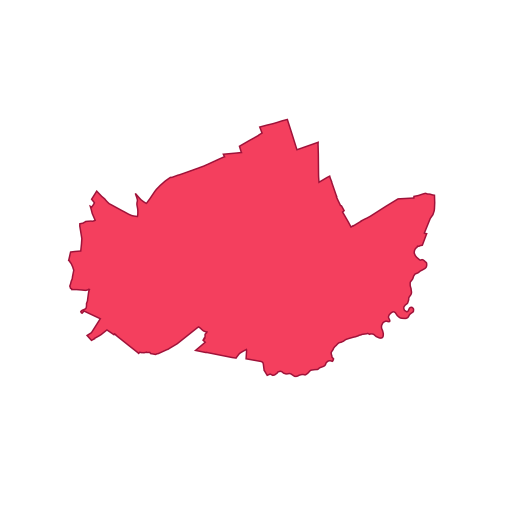 outline of Brates, Covasna, Romania, rotated 153°
{"feature_id": "2599482B24019470005720", "entity_name": "Brates", "entity_type": "district", "adm_level": 2, "iso_a3": "ROU", "parent_name": "Romania", "parent_adm1": "Covasna", "projection": "equal_earth", "projection_center": [26.08, 45.839], "detail": "fine", "context": "isolated", "style": "filled", "palette": "rose", "viewbox_px": 512, "rotation_deg": 153, "n_neighbors": 0, "source": "geoboundaries", "source_scale": "gbopen_adm2", "svg_char_len": 6152}
<svg xmlns="http://www.w3.org/2000/svg" viewBox="0 0 512 512"><g transform="rotate(153 256 256)"><path d="M149.0,329.1L171.3,332.1L168.7,347.5L166.1,363.4L171.5,364.6L176.6,365.4L180.9,366.2L187.0,367.7L194.1,369.2L194.8,362.8L198.7,362.5L199.0,362.3L209.8,361.9L220.9,361.3L222.0,355.1L222.0,354.8L226.9,356.7L238.9,361.5L239.0,358.7L239.3,358.8L244.8,359.1L261.6,359.8L284.6,362.7L288.1,363.2L288.4,363.4L294.3,364.1L295.3,364.2L295.7,364.5L296.6,364.9L299.6,364.5L302.9,364.0L309.2,362.4L314.5,360.6L317.0,359.4L325.1,354.9L325.4,354.8L328.9,353.0L329.9,352.7L330.3,353.3L331.6,355.5L332.9,358.2L333.6,360.6L335.1,366.5L335.5,363.7L335.7,362.2L336.2,359.8L336.7,358.9L338.0,357.3L338.7,356.0L339.0,355.2L340.1,351.5L341.0,349.4L341.7,348.1L342.2,347.1L343.1,345.8L343.7,345.0L346.6,347.0L348.4,348.5L350.4,350.9L353.6,355.6L354.7,357.1L361.6,367.2L363.1,369.3L364.0,371.9L364.6,374.1L364.8,375.3L365.4,376.8L366.4,379.1L368.5,386.1L376.7,381.2L375.8,376.8L376.1,376.5L378.0,375.3L380.2,374.2L381.1,375.5L381.6,372.7L382.6,368.3L383.1,360.8L384.3,360.9L386.0,361.2L387.1,362.0L390.6,363.5L392.2,364.1L393.2,363.9L394.1,363.9L395.2,363.8L398.3,364.7L399.4,362.7L403.3,350.5L406.0,346.0L409.9,340.0L415.2,342.2L419.4,343.7L425.0,337.0L424.5,336.4L424.4,336.1L424.5,335.3L424.1,333.1L424.3,329.2L424.6,327.8L424.8,326.1L429.2,320.5L429.3,320.2L430.3,318.9L432.0,317.5L434.2,315.0L435.2,314.1L435.6,313.6L435.6,312.8L435.9,311.9L435.9,311.4L435.7,311.0L435.2,310.6L435.4,309.7L433.2,308.6L430.9,307.4L426.5,304.7L423.6,302.8L422.3,302.4L421.0,302.2L420.1,302.3L419.6,301.8L420.7,300.8L422.1,299.0L425.7,293.8L426.3,292.9L426.3,292.7L428.6,290.6L429.8,288.3L430.8,287.0L431.6,286.4L432.1,286.3L432.8,286.4L433.9,286.4L434.5,286.5L435.7,286.5L436.5,286.4L437.4,285.9L437.4,285.4L437.3,284.5L436.9,284.0L434.2,285.0L423.2,270.8L436.7,262.8L437.6,262.4L438.1,262.3L442.6,261.9L440.9,255.5L437.9,255.6L437.5,255.5L437.3,255.9L431.9,256.1L429.6,256.3L422.4,257.8L418.3,250.4L417.3,250.8L416.7,249.5L416.9,249.4L416.0,247.3L410.2,234.5L407.3,228.2L405.1,223.4L404.8,222.5L403.2,223.0L402.1,222.0L399.6,220.6L397.3,220.0L397.2,220.0L397.1,219.6L394.4,218.3L394.2,217.1L394.1,216.8L392.4,215.6L390.4,214.0L390.0,213.8L389.0,213.9L387.4,213.4L377.7,213.0L376.9,212.8L374.9,213.0L366.0,213.6L342.5,218.4L340.4,218.8L339.3,218.9L338.3,216.9L337.6,214.9L336.8,213.1L335.3,211.4L334.2,210.6L334.7,210.1L336.9,209.4L338.2,206.9L339.2,206.4L339.6,206.3L339.3,205.7L341.4,205.1L340.4,202.2L352.7,199.3L344.3,192.6L344.0,192.7L323.4,176.4L320.1,174.1L318.9,174.8L315.3,176.5L313.8,176.8L310.9,177.0L307.0,177.1L307.1,176.4L311.5,168.9L299.6,159.9L299.1,159.4L298.6,158.7L298.4,158.2L298.3,157.5L298.4,157.0L298.5,156.5L300.7,150.3L300.6,150.2L300.2,144.6L297.3,144.4L296.9,144.3L296.7,144.1L295.3,142.1L294.1,141.7L293.2,141.6L290.7,142.0L290.0,142.2L289.4,142.6L288.8,142.7L286.8,142.3L286.8,142.2L286.3,142.0L285.8,141.5L285.3,140.8L284.6,139.1L282.8,137.3L281.7,136.8L279.5,136.1L278.4,135.1L276.4,131.5L276.0,131.1L274.9,130.5L273.3,130.1L271.9,130.2L269.7,129.8L268.3,129.3L267.5,128.8L266.3,127.8L266.0,127.7L265.4,127.7L263.2,128.0L261.0,128.8L259.9,129.2L259.1,129.3L258.2,129.1L255.3,128.1L252.8,127.0L251.9,127.0L250.2,127.5L248.4,127.3L247.7,127.2L245.6,127.0L244.3,127.2L243.4,127.7L242.6,128.5L241.7,129.1L239.8,129.6L238.6,129.5L237.4,129.0L235.8,127.5L235.2,127.7L234.9,127.8L234.9,128.1L233.9,128.8L233.6,129.1L234.2,131.5L233.8,132.4L233.5,134.1L233.0,135.7L231.8,136.6L230.9,137.0L229.6,137.8L228.9,138.5L228.1,138.9L226.8,139.5L225.2,139.9L223.4,140.6L222.2,140.9L221.7,141.0L220.3,140.8L219.3,140.5L218.8,140.5L216.7,140.4L215.0,140.7L213.6,140.8L210.4,140.3L205.9,139.4L204.1,138.9L200.7,138.4L200.3,138.6L198.2,138.0L197.8,138.1L197.0,138.0L193.9,136.9L192.8,136.5L191.6,136.3L190.3,134.6L189.3,134.6L187.7,133.7L186.7,132.7L185.5,129.7L183.3,127.0L182.6,126.5L182.1,126.2L181.0,125.9L180.1,126.1L179.6,126.4L179.0,127.0L178.3,128.1L177.8,129.1L177.4,130.7L177.1,132.1L177.0,134.0L176.8,134.9L176.4,135.8L175.7,137.0L174.7,137.8L173.8,138.5L173.0,138.9L172.1,139.1L171.1,139.1L170.4,139.1L169.7,138.9L169.0,138.5L168.4,137.8L167.4,137.1L166.7,137.0L166.3,137.3L166.1,137.8L165.9,139.1L166.0,140.1L165.9,140.8L165.6,141.6L165.2,142.1L164.0,143.1L162.2,143.8L160.5,144.1L159.5,144.1L158.8,143.9L158.2,143.3L157.6,142.3L157.2,138.8L156.8,137.8L156.5,137.0L156.1,136.2L155.6,135.4L155.1,134.9L154.0,134.1L151.4,132.6L150.6,132.3L149.5,132.2L148.7,132.3L147.9,132.6L146.1,133.9L144.7,134.4L141.3,134.9L140.9,135.2L140.1,136.4L139.8,137.0L139.7,137.5L139.8,138.2L140.2,139.1L140.4,139.5L140.9,139.8L141.5,140.0L142.3,140.0L143.0,139.8L144.3,138.8L145.2,138.1L146.0,137.7L146.4,137.7L147.0,137.9L148.4,140.2L148.3,141.0L148.1,142.4L147.9,142.7L147.3,143.5L145.6,144.4L144.9,144.6L142.8,145.0L142.2,145.3L140.7,146.8L139.9,147.6L139.0,149.2L138.6,149.6L137.2,150.4L136.3,150.8L135.2,151.5L134.5,152.2L134.2,152.6L133.8,153.3L133.3,154.9L132.7,156.5L132.5,157.5L132.3,158.6L132.0,159.7L131.6,160.6L130.7,162.3L130.0,162.9L127.6,164.0L126.6,164.6L124.6,166.6L123.3,167.3L122.5,167.7L121.9,167.7L119.8,167.5L118.8,167.5L116.2,168.1L115.1,168.0L112.5,168.1L111.0,168.2L109.8,168.6L109.3,168.9L108.6,169.6L108.0,170.4L107.3,172.0L107.2,172.5L107.4,173.3L107.8,174.0L108.0,174.8L108.4,175.7L108.8,176.5L109.4,177.2L109.8,177.4L110.4,177.5L111.1,177.6L111.5,177.7L112.1,178.6L113.5,182.0L113.9,184.1L113.7,186.8L113.0,188.0L112.1,189.1L110.9,190.0L110.0,190.4L108.5,190.7L107.7,191.4L106.5,190.7L105.1,190.7L102.9,190.1L93.8,198.4L95.1,199.3L95.6,200.0L84.2,209.9L83.6,210.4L79.6,212.5L76.7,215.4L75.6,217.0L72.6,222.3L69.4,229.1L71.0,230.3L73.0,232.2L75.1,233.4L76.4,234.8L76.9,235.0L79.3,235.5L84.0,236.2L88.2,237.4L89.0,236.0L103.5,242.4L117.8,241.3L136.2,239.5L140.3,239.4L141.6,239.5L146.3,239.5L146.3,239.3L156.0,238.6L156.0,238.9L158.2,238.7L158.3,244.2L158.9,255.9L156.9,256.4L157.0,260.2L157.1,261.9L157.8,262.6L157.7,268.1L157.5,272.2L157.1,272.3L156.9,274.4L155.1,287.2L154.9,287.6L154.5,291.7L154.1,293.7L157.2,293.7L166.4,293.1L164.3,298.1L163.1,300.6L154.2,318.5L149.9,327.6L149.0,329.1Z" fill="#f43f5e" stroke="#9f1239" stroke-width="1.5"/></g></svg>